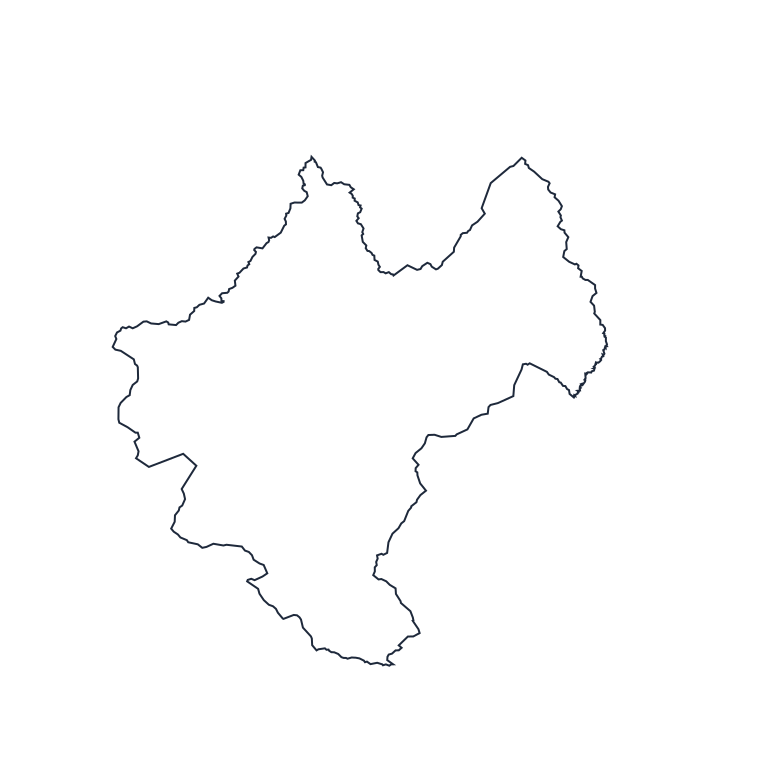 Sunyani West, Brong Ahafo, Ghana (orthographic projection), rotated 320°
{"feature_id": "2480657B93462158202754", "entity_name": "Sunyani West", "entity_type": "district", "adm_level": 2, "iso_a3": "GHA", "parent_name": "Ghana", "parent_adm1": "Brong Ahafo", "projection": "orthographic", "projection_center": [-2.305, 7.424], "detail": "fine", "context": "isolated", "style": "outline", "palette": "slate", "viewbox_px": 768, "rotation_deg": 320, "n_neighbors": 0, "source": "geoboundaries", "source_scale": "gbopen_adm2", "svg_char_len": 6166}
<svg xmlns="http://www.w3.org/2000/svg" viewBox="0 0 768 768"><g transform="rotate(320 384 384)"><path d="M474.5,163.4L472.2,165.4L465.9,164.3L463.1,167.6L461.5,166.6L459.6,168.3L457.3,166.5L453.2,168.8L453.8,172.2L452.8,176.4L451.3,178.7L451.7,180.2L451.1,180.8L449.3,179.9L447.1,181.6L447.1,184.8L448.1,187.3L446.3,191.1L441.4,192.4L437.6,192.2L432.0,187.4L428.3,185.9L425.2,189.3L420.8,191.6L418.5,190.6L417.4,192.2L414.0,193.6L413.3,196.4L411.5,198.7L409.3,198.6L402.2,201.7L394.7,201.2L393.9,199.7L391.4,199.4L389.7,197.6L388.4,200.1L386.7,201.0L384.6,200.6L378.1,202.0L374.2,197.4L371.6,197.3L370.7,197.9L370.8,200.5L369.2,201.7L364.9,202.1L360.8,203.9L358.5,203.4L357.8,205.6L355.6,205.5L354.0,206.7L350.6,205.2L344.8,205.9L342.5,205.1L341.6,208.2L336.2,208.9L333.4,213.2L329.7,212.9L326.4,211.7L324.4,213.3L322.6,213.4L318.3,210.4L314.6,210.8L314.5,213.8L312.8,216.0L314.4,217.4L313.9,218.0L312.0,217.6L308.1,212.6L305.9,209.1L304.8,204.9L297.9,206.7L293.5,204.7L289.9,204.9L287.6,203.8L285.5,206.1L280.0,206.2L275.9,209.6L272.1,208.6L269.5,205.9L265.9,204.9L262.6,205.2L257.4,199.9L258.2,198.2L257.5,196.1L249.9,193.3L244.5,187.9L242.5,183.5L239.8,181.6L231.9,181.1L227.3,179.8L225.6,176.1L222.2,175.5L220.3,172.5L218.3,172.5L216.4,173.7L212.6,172.9L208.9,174.5L207.9,177.5L200.0,181.2L200.3,185.0L203.7,189.4L208.2,204.3L206.1,208.6L206.7,211.2L206.2,212.9L199.2,221.7L196.6,223.4L190.9,223.2L185.8,225.6L182.0,229.1L178.3,228.4L170.1,229.2L165.7,231.2L157.9,240.3L156.3,243.5L159.8,252.3L162.3,261.5L164.1,263.0L162.0,267.9L155.8,267.8L152.7,277.8L149.5,280.4L146.3,281.5L150.6,296.4L185.3,308.4L187.7,326.0L161.5,334.4L160.2,339.3L157.6,344.3L151.3,347.4L148.0,347.1L145.5,349.0L139.5,350.2L135.1,355.0L128.0,358.0L128.0,362.0L129.4,366.8L129.4,370.7L132.6,376.9L132.3,379.4L138.3,387.1L139.5,392.7L143.3,394.7L150.6,396.7L157.2,404.5L160.0,405.9L170.6,417.1L170.4,422.2L172.5,425.8L172.8,430.3L171.2,434.8L173.3,441.5L175.5,445.3L172.9,454.0L167.2,453.4L158.8,451.1L157.1,447.9L153.7,446.5L152.3,447.2L155.9,460.0L153.8,464.6L153.0,472.3L153.9,479.1L156.1,482.9L156.7,486.8L155.7,491.0L155.7,498.6L156.0,499.3L166.4,502.9L168.7,505.3L169.3,508.4L169.0,511.1L165.3,518.5L165.8,530.4L165.1,532.6L161.1,537.9L161.1,544.7L163.3,545.1L168.8,548.5L169.1,550.6L170.8,551.8L170.5,553.0L171.3,555.6L173.4,557.5L175.4,561.4L175.8,565.9L177.0,567.9L178.8,569.4L179.5,571.0L183.4,572.7L186.4,575.5L188.8,578.4L190.8,583.0L190.6,584.9L192.5,585.7L193.6,589.9L199.6,593.2L202.5,597.7L202.4,598.8L205.2,600.0L207.0,603.2L209.3,603.4L210.8,604.6L209.0,597.6L211.3,595.2L213.7,594.3L216.8,595.7L221.6,595.5L224.1,597.5L227.9,597.4L227.3,593.7L240.0,592.8L244.1,596.2L251.2,597.7L252.8,593.9L253.8,583.8L254.6,584.0L256.0,581.4L258.2,575.0L256.2,562.6L257.1,561.0L258.2,552.5L261.5,548.0L259.3,541.5L258.9,536.6L256.6,531.7L254.2,530.2L252.9,523.5L256.5,521.7L259.1,518.5L262.0,518.1L263.6,515.3L266.9,513.7L268.5,510.8L273.0,512.5L273.7,514.4L277.8,515.4L285.7,508.1L294.3,504.1L302.4,503.8L307.6,501.9L311.3,502.0L321.0,496.8L325.3,496.1L326.3,495.2L332.9,495.4L334.9,493.9L340.5,492.5L347.6,492.7L347.8,483.4L350.9,475.5L352.7,473.1L352.1,471.1L354.2,468.8L358.5,468.1L358.2,459.4L363.8,457.2L371.4,457.3L377.2,455.7L382.3,452.2L385.2,451.6L390.1,455.4L393.9,461.4L405.3,469.6L407.3,469.3L418.7,472.4L430.6,468.0L438.9,470.2L444.4,473.4L449.2,468.9L452.1,468.5L458.9,471.8L475.3,476.4L483.0,468.6L498.7,461.3L503.0,458.2L505.8,459.8L506.4,461.5L508.9,461.8L516.6,479.4L516.3,482.7L518.7,488.1L518.7,490.1L520.1,491.7L519.4,495.3L520.3,496.5L519.9,500.5L521.6,502.2L521.0,505.5L521.8,507.6L519.8,510.9L520.8,516.4L522.2,515.9L521.5,515.4L522.6,514.7L522.9,515.9L523.2,515.3L526.3,515.8L527.4,514.6L527.9,515.3L528.6,514.9L528.2,513.8L530.0,515.0L531.0,513.3L532.2,513.4L532.0,512.2L533.0,511.6L534.5,512.2L534.7,510.7L536.2,511.2L536.3,512.2L539.5,511.4L540.7,510.5L540.3,509.6L542.2,509.1L544.5,505.9L544.7,506.8L546.0,506.6L545.7,505.7L547.7,506.1L550.1,508.4L551.2,507.8L553.5,508.7L555.4,507.3L554.9,506.8L555.9,507.0L555.9,505.5L557.3,505.6L559.9,503.9L559.9,504.7L560.7,504.2L562.0,505.5L564.2,505.5L565.7,505.2L565.8,504.2L566.9,505.0L566.4,504.1L568.5,503.2L569.8,503.7L570.5,502.0L570.9,502.9L572.3,502.5L573.7,499.0L574.8,499.3L577.1,497.8L577.1,498.7L578.1,497.5L579.1,498.3L579.3,497.3L580.3,497.0L581.5,493.8L583.8,491.1L583.4,489.6L584.3,489.4L584.0,488.4L585.2,487.1L584.6,486.0L587.7,485.2L589.2,483.3L589.5,479.3L587.9,477.5L590.8,474.1L590.4,465.1L591.9,464.2L595.3,459.0L595.0,453.8L600.3,450.7L605.3,450.8L607.1,446.5L609.3,443.9L607.0,435.3L605.2,433.8L604.1,430.9L604.5,429.0L603.6,428.2L608.1,424.5L607.1,420.1L609.2,418.2L608.7,415.6L607.1,415.1L604.4,409.4L602.9,401.9L607.6,398.1L610.7,398.1L614.8,392.4L619.6,390.0L619.6,384.1L621.0,382.2L619.0,379.1L618.4,374.8L623.4,373.1L625.3,373.2L626.4,369.6L627.8,368.6L628.4,364.0L631.8,363.7L634.6,362.1L635.5,355.8L634.7,350.6L637.0,348.7L634.7,344.4L634.8,340.6L636.3,338.4L639.9,336.7L640.0,334.8L636.9,328.8L635.5,317.8L633.8,311.6L635.0,309.0L633.6,306.1L636.0,303.7L634.9,299.2L623.3,300.2L620.2,298.7L594.9,298.7L571.8,312.1L570.7,318.3L559.9,319.8L553.4,319.1L548.8,321.3L547.0,320.9L544.8,321.5L541.3,319.1L538.6,319.1L537.7,320.2L525.4,324.6L522.5,327.6L507.6,328.1L504.8,330.1L499.4,330.3L497.5,329.6L496.0,324.8L496.6,322.0L495.1,319.0L489.0,318.3L485.9,319.4L482.7,317.8L478.3,308.1L461.0,307.0L461.3,305.8L460.1,304.5L459.6,301.4L456.4,300.3L455.6,298.0L453.2,296.0L452.9,293.1L453.5,292.2L456.1,291.6L456.4,289.1L457.9,286.2L456.5,282.9L459.1,279.4L458.2,277.7L458.7,275.6L458.1,272.7L456.9,271.4L457.3,268.2L459.5,266.5L459.1,261.5L462.4,255.8L464.5,255.7L465.0,253.7L468.3,251.7L469.0,246.7L467.3,244.2L467.7,241.3L471.2,240.7L471.3,238.4L473.7,236.5L476.2,237.1L479.6,235.3L479.2,233.3L480.8,232.2L479.5,230.6L480.6,228.0L479.3,224.7L480.8,223.1L479.8,221.1L481.1,219.7L481.4,217.6L480.7,215.3L486.0,215.4L485.0,211.9L485.5,209.2L481.9,205.4L480.8,201.8L477.1,200.2L475.1,198.0L471.4,197.8L468.6,194.5L469.7,186.4L470.5,184.7L473.4,182.6L474.3,179.0L474.5,177.5L472.8,175.3L474.4,170.4L473.8,169.1L474.7,168.4L474.5,163.4Z" fill="none" stroke="#1e293b" stroke-width="2"/></g></svg>